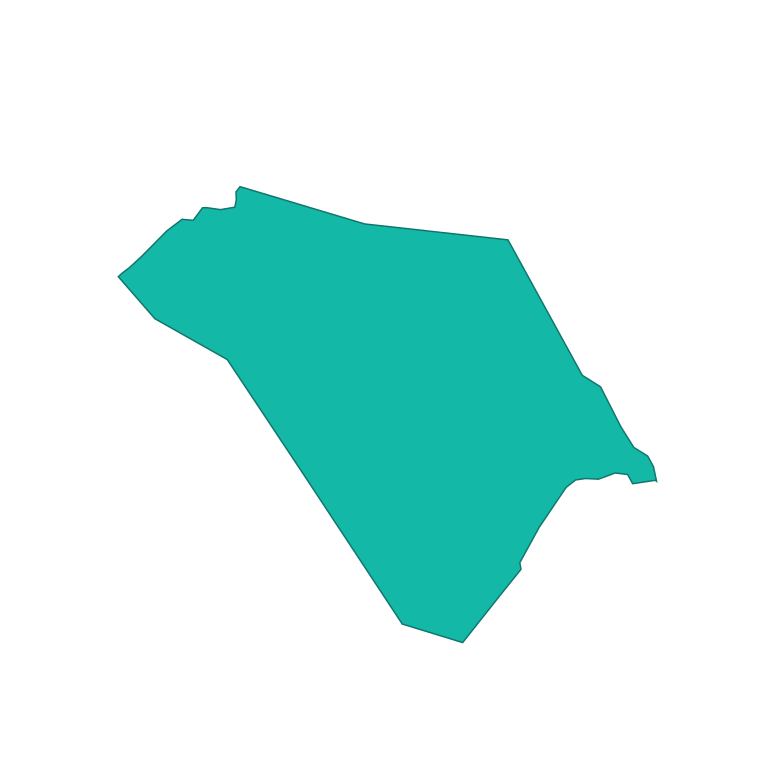 Glavier, Dennery, Saint Lucia (orthographic projection), rotated 34°
{"feature_id": "8701671B98393552934318", "entity_name": "Glavier", "entity_type": "district", "adm_level": 2, "iso_a3": "LCA", "parent_name": "Saint Lucia", "parent_adm1": "Dennery", "projection": "orthographic", "projection_center": [-60.911, 13.923], "detail": "fine", "context": "isolated", "style": "filled", "palette": "teal", "viewbox_px": 768, "rotation_deg": 34, "n_neighbors": 0, "source": "geoboundaries", "source_scale": "gbopen_adm2", "svg_char_len": 710}
<svg xmlns="http://www.w3.org/2000/svg" viewBox="0 0 768 768"><g transform="rotate(34 384 384)"><path d="M664.3,312.2L663.9,311.8L653.7,301.9L642.9,296.3L626.6,296.9L604.3,287.0L565.2,265.3L543.5,265.9L406.2,195.2L278.3,262.2L159.7,299.2L157.1,300.0L155.9,300.4L154.3,300.9L153.9,307.5L158.5,313.8L161.5,320.8L150.9,330.9L138.1,337.1L135.0,339.4L134.3,355.0L124.5,360.4L118.4,378.3L111.6,414.1L107.9,429.7L104.8,439.0L103.7,443.6L157.6,458.0L240.4,451.4L367.8,503.9L533.4,572.8L593.8,554.4L598.4,494.6L601.2,461.0L596.5,456.2L592.8,415.9L592.8,367.9L596.5,356.4L603.9,349.7L615.1,342.9L625.4,328.5L636.6,322.8L645.9,327.6L662.7,312.2L664.3,312.2Z" fill="#14b8a6" stroke="#0f766e" stroke-width="1.5"/></g></svg>